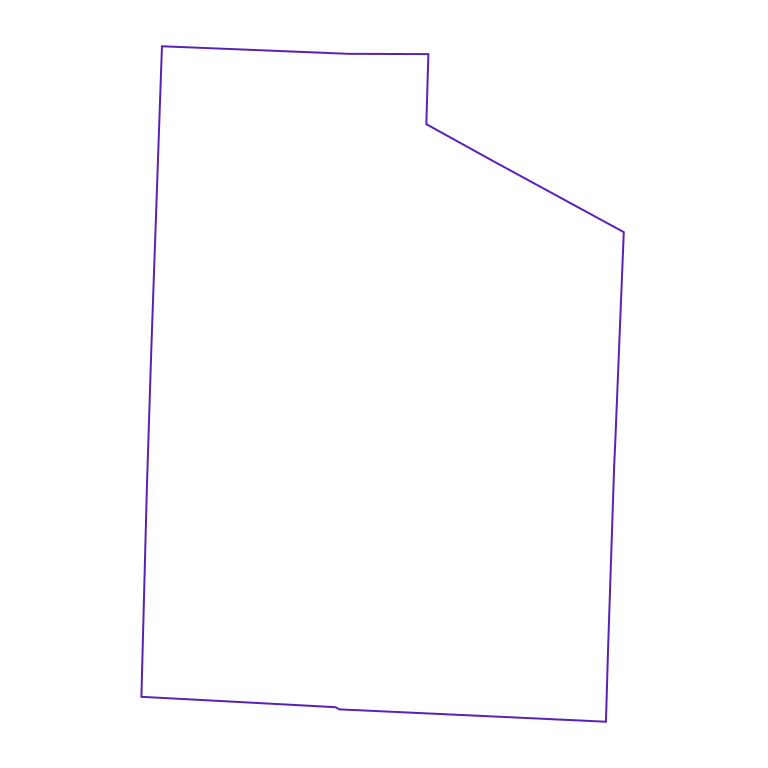 the district of Pulaski, Missouri, United States of America, rotated 181°
{"feature_id": "52423323B5552577354441", "entity_name": "Pulaski", "entity_type": "district", "adm_level": 2, "iso_a3": "USA", "parent_name": "United States of America", "parent_adm1": "Missouri", "projection": "equal_earth", "projection_center": [-92.22, 37.812], "detail": "fine", "context": "isolated", "style": "outline", "palette": "violet", "viewbox_px": 768, "rotation_deg": 181, "n_neighbors": 0, "source": "geoboundaries", "source_scale": "gbopen_adm2", "svg_char_len": 354}
<svg xmlns="http://www.w3.org/2000/svg" viewBox="0 0 768 768"><g transform="rotate(181 384 384)"><path d="M611.9,717.8L617.3,412.7L619.3,273.9L621.1,67.0L427.0,60.0L422.9,57.9L156.2,50.2L155.4,119.2L152.4,308.3L151.8,327.7L146.9,540.0L279.4,609.1L346.2,644.5L345.4,714.6L425.5,713.5L611.9,717.8Z" fill="none" stroke="#5b21b6" stroke-width="2"/></g></svg>